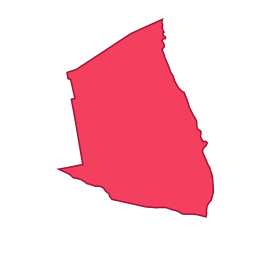 outline of Gagaifomauga I, Samoa, rotated 80°
{"feature_id": "51752279B82418493782351", "entity_name": "Gagaifomauga I", "entity_type": "district", "adm_level": 2, "iso_a3": "WSM", "parent_name": "Samoa", "parent_adm1": "", "projection": "mercator", "projection_center": [-172.391, -13.461], "detail": "fine", "context": "isolated", "style": "filled", "palette": "rose", "viewbox_px": 256, "rotation_deg": 80, "n_neighbors": 0, "source": "geoboundaries", "source_scale": "gbopen_adm2", "svg_char_len": 1325}
<svg xmlns="http://www.w3.org/2000/svg" viewBox="0 0 256 256"><g transform="rotate(80 128 128)"><path d="M229.1,66.6L226.1,65.4L223.9,65.3L219.4,64.0L216.4,62.0L213.2,58.4L206.2,55.2L201.4,54.4L192.7,53.5L188.8,53.4L184.7,54.1L181.0,54.4L176.7,56.1L175.3,56.2L170.0,57.4L165.1,58.6L163.1,58.5L161.4,57.7L158.7,54.0L156.4,52.5L154.5,53.7L154.5,56.2L153.2,56.9L149.5,58.1L148.2,57.9L145.3,56.8L143.7,56.9L140.9,59.8L137.8,59.9L133.7,59.2L130.2,60.1L126.3,61.6L118.2,64.1L114.1,64.4L109.3,65.2L102.6,66.6L101.2,68.6L97.4,71.2L91.8,73.3L89.5,73.9L84.3,74.6L81.1,76.2L79.5,76.4L73.2,77.5L65.2,79.5L63.0,79.5L56.6,80.9L54.3,78.1L51.5,78.0L48.6,79.3L47.3,79.0L46.2,77.2L46.5,75.6L45.0,75.3L42.6,77.4L40.6,77.1L39.8,75.8L38.4,76.6L34.4,76.9L32.4,75.9L30.6,76.4L28.6,76.1L26.9,75.1L35.5,108.7L61.5,169.1L62.7,178.4L68.9,178.6L70.2,176.0L89.7,175.1L89.8,178.8L106.5,178.6L114.3,178.6L156.1,178.9L156.5,194.4L156.5,203.5L162.9,194.2L168.0,189.9L168.0,188.6L170.5,183.4L173.7,179.8L175.8,177.9L176.8,175.3L179.9,169.7L179.9,167.7L181.0,164.9L182.9,162.6L186.4,160.9L189.4,158.2L192.4,157.8L195.5,156.2L208.8,124.1L210.3,118.0L211.3,114.8L211.9,110.1L212.9,104.6L214.5,101.5L215.9,99.3L217.3,95.8L219.0,92.9L221.9,89.7L222.8,86.6L223.9,79.9L225.5,74.5L228.1,68.7L229.1,66.6Z" fill="#f43f5e" stroke="#9f1239" stroke-width="1.5"/></g></svg>